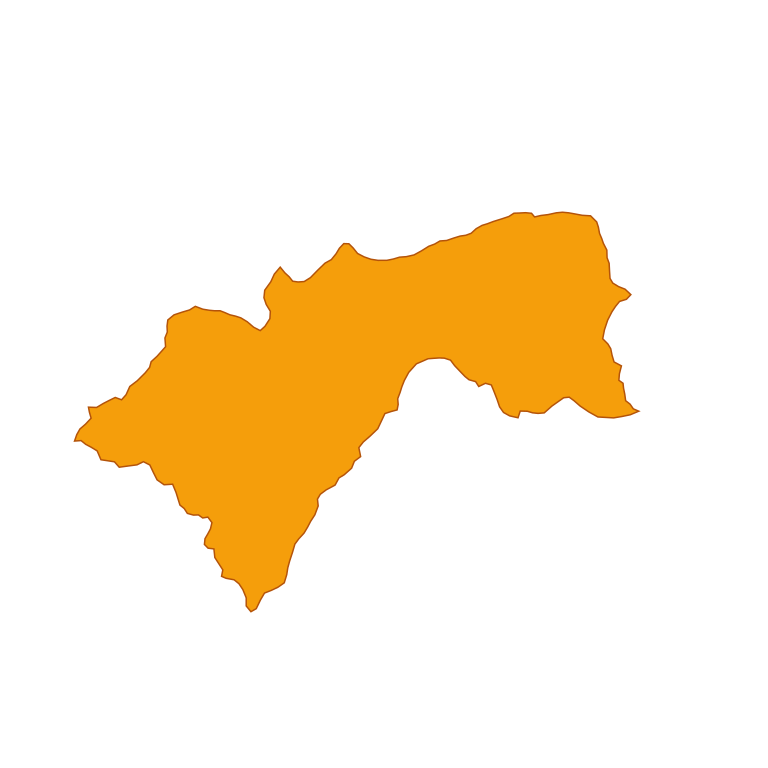 Barão de Cocais, Minas Gerais, Brazil (Robinson projection), rotated 219°
{"feature_id": "56859067B12176821101651", "entity_name": "Barão de Cocais", "entity_type": "district", "adm_level": 2, "iso_a3": "BRA", "parent_name": "Brazil", "parent_adm1": "Minas Gerais", "projection": "robinson", "projection_center": [-43.5, -19.896], "detail": "fine", "context": "isolated", "style": "filled", "palette": "amber", "viewbox_px": 768, "rotation_deg": 219, "n_neighbors": 0, "source": "geoboundaries", "source_scale": "gbopen_adm2", "svg_char_len": 3255}
<svg xmlns="http://www.w3.org/2000/svg" viewBox="0 0 768 768"><g transform="rotate(219 384 384)"><path d="M588.6,144.9L583.8,149.4L577.8,149.4L571.7,150.6L564.8,151.5L556.3,147.0L550.2,150.6L544.5,153.9L537.4,152.7L531.1,159.4L525.1,165.7L522.1,172.2L515.0,173.7L507.3,170.0L500.0,166.7L491.5,167.3L485.2,173.1L477.3,168.8L471.5,164.9L466.4,161.5L460.9,161.5L455.4,159.7L449.6,162.2L445.8,165.5L440.6,165.8L437.1,169.7L430.5,168.0L427.7,162.2L426.6,156.6L425.8,151.2L422.6,146.3L417.4,145.7L412.4,148.8L406.3,142.7L398.1,140.0L392.3,138.1L389.2,132.3L384.5,133.6L377.3,137.5L371.0,137.5L364.3,135.4L356.5,131.1L351.4,124.8L344.1,123.3L341.9,129.0L344.1,138.4L345.3,146.3L341.7,152.7L338.5,159.4L336.4,166.7L339.6,174.6L343.1,180.6L345.9,187.0L349.3,195.9L352.5,203.5L352.8,210.1L352.3,217.7L353.3,224.7L354.6,231.1L355.4,238.8L358.4,247.8L363.3,252.7L364.1,258.2L362.3,265.4L358.4,274.7L359.9,282.7L357.8,288.5L356.2,298.2L358.4,305.3L356.5,312.9L363.5,318.7L363.6,325.9L362.0,335.0L360.7,345.3L362.8,353.9L364.7,361.6L361.2,367.0L357.5,372.1L360.1,377.0L364.1,381.2L366.2,387.6L368.4,393.1L370.4,399.5L372.1,408.6L371.5,420.1L368.4,426.0L365.7,431.3L361.8,435.0L357.5,439.0L353.3,442.1L347.3,444.4L340.6,442.7L331.4,441.5L325.8,440.8L320.6,440.8L314.3,443.5L308.8,441.7L305.6,448.4L300.0,450.8L294.5,447.8L286.6,443.3L279.8,439.0L273.2,437.1L266.3,438.3L258.6,442.1L261.1,448.7L255.5,453.0L250.4,455.1L245.8,458.1L241.3,462.4L239.6,472.6L237.6,479.7L235.7,486.4L231.8,490.3L225.8,490.6L217.8,490.3L207.3,491.2L197.0,493.0L190.6,497.6L184.2,502.2L178.8,508.3L173.3,515.0L168.9,523.2L174.6,521.6L180.1,523.2L185.7,523.1L190.6,527.7L195.1,531.4L198.7,535.0L203.8,534.7L207.5,540.1L210.9,547.5L219.1,545.9L224.9,549.9L230.0,554.1L235.2,556.0L242.5,556.8L246.8,564.9L250.4,574.5L252.3,583.6L252.9,590.0L252.9,596.4L248.9,602.4L248.4,608.8L256.3,609.4L263.0,607.3L269.7,606.4L274.8,608.3L279.7,613.6L285.0,619.5L290.1,622.5L295.1,628.3L302.1,631.4L306.4,634.1L311.3,636.7L316.1,640.8L320.7,643.8L329.3,644.7L336.2,639.8L342.3,636.5L348.3,633.2L353.4,629.8L357.8,625.5L363.1,618.9L368.2,613.6L372.1,608.6L376.8,609.5L381.8,606.2L386.7,601.8L390.5,598.5L392.4,592.7L396.5,586.3L401.3,579.1L404.5,573.6L407.6,569.0L410.1,562.7L411.1,556.0L414.0,551.1L417.9,546.9L421.6,541.4L425.6,535.0L430.5,530.4L432.7,524.6L435.9,519.2L438.7,511.0L441.9,503.2L446.8,497.0L451.7,492.4L455.4,487.0L459.6,481.9L466.5,476.3L472.7,472.7L479.4,470.3L486.7,468.8L493.6,470.3L499.5,470.9L503.6,467.8L504.1,461.4L503.2,455.1L503.2,447.5L505.9,440.8L507.1,431.1L508.1,420.4L510.5,413.4L515.0,409.2L519.7,406.4L525.0,407.6L531.0,408.0L538.2,409.5L538.4,400.4L536.3,392.2L535.7,381.8L531.6,375.5L525.6,371.7L518.1,369.0L513.8,363.0L512.8,353.9L513.8,347.6L521.0,346.1L529.5,346.3L536.9,345.3L542.1,343.3L547.3,340.8L552.7,339.3L557.4,337.8L561.6,334.4L566.1,331.4L571.9,328.1L579.5,325.6L581.7,319.2L585.9,313.1L590.7,305.6L592.3,297.7L589.1,292.5L585.1,288.0L583.2,281.9L577.2,275.5L577.5,269.1L577.8,262.7L579.0,254.8L576.6,249.4L576.6,242.4L577.8,231.2L580.0,222.1L577.7,213.4L578.0,206.6L584.4,204.4L587.4,197.9L589.9,192.2L592.6,184.9L599.1,180.0L595.2,176.7L590.1,173.1L590.7,164.9L592.0,157.7L590.9,151.3L588.6,144.9Z" fill="#f59e0b" stroke="#b45309" stroke-width="1.5"/></g></svg>